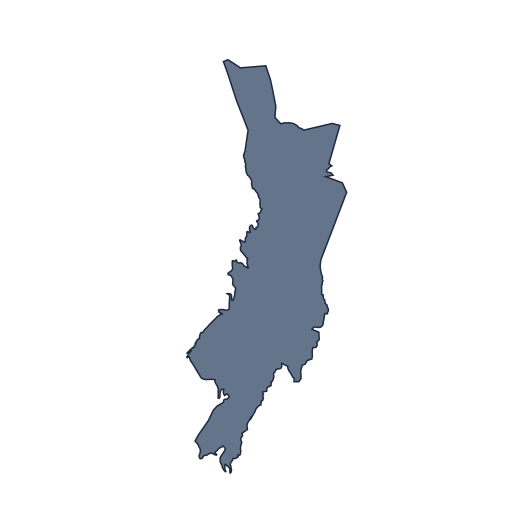 Cuajimalpa de Morelos, Distrito Federal, Mexico (orthographic projection), rotated 159°
{"feature_id": "50627088B46057662043676", "entity_name": "Cuajimalpa de Morelos", "entity_type": "district", "adm_level": 2, "iso_a3": "MEX", "parent_name": "Mexico", "parent_adm1": "Distrito Federal", "projection": "orthographic", "projection_center": [-99.285, 19.319], "detail": "fine", "context": "isolated", "style": "filled", "palette": "slate", "viewbox_px": 512, "rotation_deg": 159, "n_neighbors": 0, "source": "geoboundaries", "source_scale": "gbopen_adm2", "svg_char_len": 6054}
<svg xmlns="http://www.w3.org/2000/svg" viewBox="0 0 512 512"><g transform="rotate(159 256 256)"><path d="M216.8,449.2L216.8,445.4L217.0,436.3L218.5,408.5L218.3,376.3L228.6,358.0L231.6,354.4L232.1,351.4L232.0,349.5L232.7,348.1L232.5,346.8L233.0,344.4L233.9,343.4L234.2,341.1L235.1,337.9L234.9,334.5L234.0,333.0L233.1,329.1L233.3,326.7L234.1,325.6L235.1,320.6L233.3,318.4L233.1,316.6L232.3,314.6L232.1,312.8L232.3,311.5L232.1,310.9L232.5,310.0L232.1,309.0L232.0,307.4L232.9,304.7L233.5,303.8L234.0,302.2L234.0,301.7L234.7,299.8L234.6,299.4L233.7,298.3L233.6,297.9L235.0,296.8L236.3,295.1L237.3,294.7L237.9,294.9L238.8,294.7L239.0,293.6L239.0,291.1L239.6,289.9L240.7,288.8L241.1,288.6L242.8,288.6L243.0,288.2L242.4,286.2L242.5,285.5L243.1,283.6L243.9,282.7L244.4,282.5L245.6,282.8L246.3,281.2L246.9,281.0L248.3,282.4L248.4,282.8L248.6,284.1L248.4,285.7L249.1,286.4L249.8,286.5L251.1,285.8L251.8,285.1L252.7,282.5L252.8,280.3L253.5,280.1L254.9,281.7L255.4,281.9L255.9,281.7L257.7,277.6L259.3,276.8L261.1,273.3L261.4,273.0L261.8,273.0L262.5,273.8L264.8,276.6L265.3,276.8L265.7,276.6L265.7,272.5L266.1,270.6L267.3,270.0L268.2,267.6L268.3,266.6L268.2,265.8L267.5,264.1L266.8,261.9L266.0,260.0L265.7,258.2L264.6,256.9L264.8,256.3L265.5,256.2L266.2,253.9L267.0,252.6L267.1,252.1L267.1,251.0L267.3,249.8L267.3,248.0L267.7,247.9L268.0,247.9L268.8,248.8L269.2,249.7L270.3,250.4L270.8,251.6L271.2,253.2L271.8,254.4L272.3,254.9L273.2,255.4L274.5,255.7L275.3,256.2L276.0,257.3L275.7,259.0L275.9,259.3L276.6,259.4L278.0,258.6L278.4,258.8L279.0,259.8L279.3,260.0L279.9,259.8L280.3,258.9L281.6,255.7L282.0,253.4L282.9,251.9L284.5,250.9L287.4,250.3L288.3,249.8L288.6,249.4L288.6,248.6L288.1,247.9L287.1,247.4L286.5,247.0L285.9,243.7L285.8,242.6L286.1,241.8L287.9,238.2L287.9,237.3L286.7,234.2L286.6,233.6L286.9,232.6L289.2,228.9L290.1,226.8L290.7,226.0L293.1,223.3L293.9,222.9L294.4,223.1L294.5,223.8L293.0,227.7L293.1,229.2L294.1,230.2L296.1,231.2L296.5,231.2L295.0,229.4L294.8,228.8L294.9,228.1L297.4,222.6L299.9,216.6L300.2,216.1L301.3,215.7L302.7,215.9L303.7,216.3L305.7,217.7L306.8,218.2L309.7,219.1L310.3,218.9L310.6,218.4L310.6,216.6L310.3,216.0L308.5,214.9L308.3,214.0L310.1,214.2L311.5,213.6L312.4,213.6L313.9,213.3L316.4,212.0L323.0,209.2L327.0,207.1L330.4,205.6L331.9,204.7L333.0,203.7L334.6,204.1L335.3,204.0L336.9,202.1L338.7,199.1L340.6,199.1L340.9,198.9L341.3,198.1L342.5,197.7L342.8,196.5L343.1,196.3L343.8,196.5L344.1,196.3L344.3,194.9L345.8,194.4L346.3,193.1L346.6,192.9L346.9,192.8L347.8,193.2L348.3,193.2L348.9,192.6L350.1,192.4L350.5,192.1L351.2,192.1L351.9,191.3L352.6,191.3L355.2,190.1L355.2,189.9L353.8,190.3L352.4,190.1L351.9,190.3L351.0,190.8L350.7,190.7L351.9,189.8L353.5,189.5L354.7,187.9L356.6,186.7L356.9,186.3L356.8,185.9L356.6,185.6L355.0,185.9L354.5,185.4L354.4,184.6L354.6,183.7L354.7,181.8L353.4,176.4L352.4,170.1L350.9,162.1L350.4,161.0L348.8,159.6L347.1,158.6L342.3,157.0L338.6,155.4L339.1,154.5L339.4,152.8L338.7,147.6L338.8,145.8L340.8,140.5L342.3,137.0L341.4,136.3L340.2,137.3L340.0,137.6L339.5,139.3L337.8,142.4L336.3,143.6L335.2,143.8L333.8,143.0L334.8,141.8L335.5,140.0L335.6,138.8L335.3,136.9L332.4,137.7L331.7,136.0L331.6,135.0L331.9,133.9L332.9,133.2L334.7,132.9L336.5,133.4L337.0,133.4L337.7,132.9L338.5,131.6L339.3,131.0L346.2,129.8L350.2,127.8L351.8,126.7L359.6,119.3L373.5,109.9L379.2,105.1L379.1,104.3L378.5,103.3L377.8,101.2L377.3,95.1L378.9,91.9L380.7,90.1L381.1,88.1L380.9,87.1L380.5,86.7L379.2,86.4L378.5,86.5L376.5,88.1L375.8,88.3L374.5,87.9L372.9,87.7L371.1,88.3L368.8,88.1L368.1,88.0L365.9,85.5L365.1,84.8L364.2,84.3L363.8,84.5L363.8,84.9L365.0,86.7L364.8,87.1L364.0,87.7L361.6,88.4L360.1,89.6L356.5,90.0L355.6,90.6L354.6,90.2L354.0,87.7L353.8,86.4L360.8,81.4L362.2,79.7L363.1,76.6L363.2,75.5L362.8,72.8L363.2,70.2L362.8,69.1L362.8,67.8L361.9,65.6L361.4,65.6L361.5,67.9L360.1,72.0L359.4,72.6L356.8,67.9L356.8,66.7L357.3,64.7L357.8,64.0L357.9,62.7L357.0,62.9L355.8,64.5L355.5,65.2L354.7,69.6L355.0,70.3L353.3,72.4L351.1,73.7L350.3,75.1L349.4,75.2L348.5,74.4L347.2,74.4L344.8,74.9L344.4,75.3L344.6,76.1L344.4,76.5L343.3,76.5L342.6,75.9L342.3,76.0L341.7,76.6L340.9,77.7L340.1,79.6L339.4,82.4L337.7,85.0L336.2,86.9L335.9,90.1L335.5,91.3L333.0,93.0L332.7,93.8L332.8,95.2L331.4,95.8L328.0,96.6L326.7,96.8L326.0,97.4L325.1,101.5L324.3,102.2L324.1,102.7L319.0,106.8L319.1,106.0L312.6,111.2L310.7,113.4L307.0,115.2L304.7,115.3L303.7,117.5L302.7,118.5L302.7,119.2L301.8,118.9L301.3,119.0L301.1,119.2L300.5,120.5L300.1,120.6L299.9,121.0L300.0,123.0L298.7,123.8L298.7,126.5L297.2,126.5L294.5,125.9L293.7,127.9L292.4,129.4L290.5,129.3L290.2,129.7L288.3,129.6L287.9,131.2L287.3,131.9L287.1,133.1L286.1,133.1L285.2,133.6L282.7,136.6L282.3,138.2L281.3,140.6L279.5,141.2L277.7,143.0L273.7,142.2L272.8,142.4L272.3,142.7L271.7,143.4L270.5,146.5L265.8,141.6L266.3,140.7L266.5,139.5L266.4,136.9L266.0,135.9L265.1,129.9L264.3,128.0L265.6,125.0L261.0,123.3L257.8,125.6L255.4,132.8L252.0,137.4L248.8,137.4L245.7,140.0L240.7,139.9L239.2,142.5L238.6,144.5L237.6,147.1L235.8,150.1L232.7,149.2L231.1,150.5L230.2,152.5L230.0,154.0L227.0,155.2L224.6,162.4L230.0,167.5L227.8,168.7L225.8,168.5L224.5,167.4L222.8,166.7L221.4,166.4L219.1,167.1L218.1,167.9L216.2,171.4L215.4,172.3L215.4,172.9L214.8,173.4L214.0,174.6L213.7,175.5L212.5,177.5L210.3,176.5L209.8,176.7L209.7,177.6L208.1,178.8L207.4,181.1L207.7,182.7L207.3,185.0L208.4,186.9L207.6,190.5L208.0,191.1L208.2,192.9L207.4,194.7L207.2,195.6L208.5,196.5L207.6,198.7L207.5,199.6L207.1,200.1L205.5,204.6L204.2,206.0L203.5,208.1L202.4,208.7L202.4,210.9L201.8,211.7L201.3,213.2L201.4,215.8L200.8,219.5L200.0,222.8L199.0,225.2L196.7,229.3L148.5,283.0L149.2,293.4L162.5,305.1L155.1,303.8L156.3,306.8L159.8,309.2L159.3,311.1L158.4,311.1L157.4,311.4L155.1,312.8L152.9,313.0L154.9,316.0L130.9,347.8L137.2,352.4L166.3,356.4L167.7,358.5L170.3,360.7L170.6,362.3L171.3,363.5L173.7,366.4L176.3,367.8L177.2,368.5L180.4,369.5L181.7,370.2L185.4,370.4L188.7,378.6L183.9,388.5L180.9,405.3L179.3,415.7L178.7,430.1L203.1,437.2L211.8,449.3L216.8,449.2Z" fill="#64748b" stroke="#1e293b" stroke-width="1.5"/></g></svg>